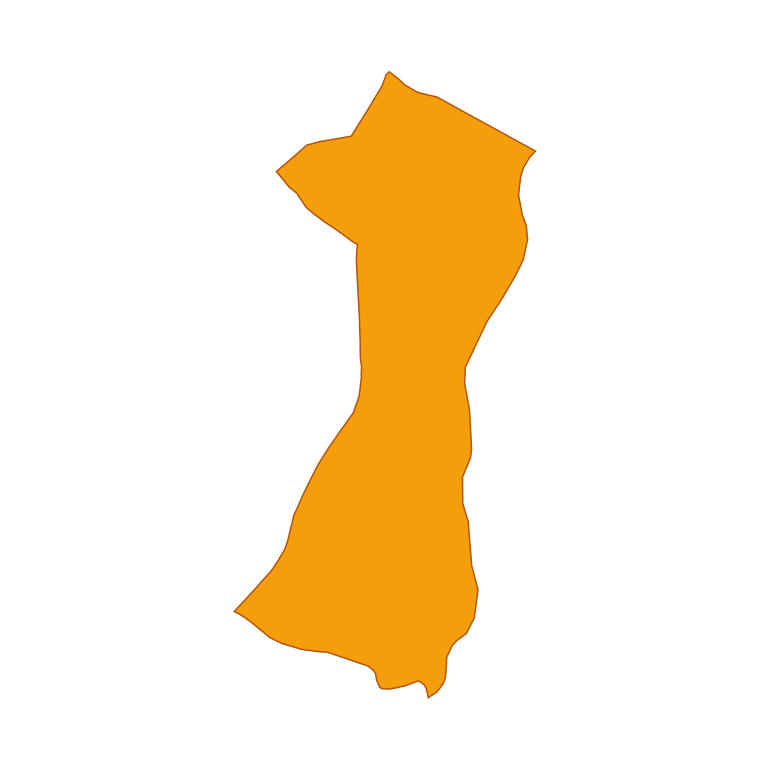 Kota Palangka Raya, Kalimantan Tengah, Indonesia (Robinson projection), rotated 209°
{"feature_id": "22746128B5087893857208", "entity_name": "Kota Palangka Raya", "entity_type": "district", "adm_level": 2, "iso_a3": "IDN", "parent_name": "Indonesia", "parent_adm1": "Kalimantan Tengah", "projection": "robinson", "projection_center": [113.758, -2.011], "detail": "fine", "context": "isolated", "style": "filled", "palette": "amber", "viewbox_px": 768, "rotation_deg": 209, "n_neighbors": 0, "source": "geoboundaries", "source_scale": "gbopen_adm2", "svg_char_len": 4731}
<svg xmlns="http://www.w3.org/2000/svg" viewBox="0 0 768 768"><g transform="rotate(209 384 384)"><path d="M193.2,131.2L193.2,131.3L189.9,137.5L188.3,140.5L188.2,141.6L187.5,146.3L186.9,150.7L186.9,150.8L187.2,152.6L188.0,157.4L189.0,159.4L192.3,166.4L192.4,166.5L196.5,175.0L196.7,175.4L196.7,175.5L196.7,175.8L197.1,181.7L197.3,184.2L197.3,184.3L197.4,186.0L197.4,187.0L197.5,188.5L197.1,190.0L196.2,194.2L194.8,197.4L194.7,197.5L191.6,204.5L191.0,205.7L191.6,223.2L192.1,224.5L201.3,247.8L202.1,249.8L204.0,251.7L204.1,251.8L205.1,252.9L205.2,253.0L207.5,255.4L209.8,257.8L211.7,259.8L212.1,260.2L219.4,267.8L219.8,268.4L220.6,269.7L220.8,269.9L220.8,270.0L227.8,280.6L229.7,283.3L230.1,284.0L231.5,286.1L233.7,289.4L243.6,304.4L252.1,312.7L252.2,312.8L257.3,317.8L259.1,321.1L259.2,321.3L259.8,322.4L260.4,323.3L262.1,326.3L269.0,338.4L269.0,338.6L270.2,340.6L271.0,347.5L272.5,361.0L272.6,361.5L274.0,365.0L274.3,365.7L274.3,365.8L275.9,369.6L277.4,372.0L278.7,374.1L282.3,379.9L285.4,384.8L285.6,385.2L285.7,385.3L296.6,402.7L297.0,403.1L297.6,403.8L299.6,406.3L301.0,408.0L313.7,423.6L321.0,438.0L322.1,455.2L323.0,469.3L324.2,489.0L324.2,489.6L323.7,496.0L322.2,515.5L322.2,517.0L321.7,536.1L321.6,543.0L321.7,546.1L322.5,560.0L325.9,571.3L328.3,579.7L336.2,591.3L336.4,591.5L345.0,599.0L353.9,609.6L356.4,612.7L357.8,614.1L364.8,631.0L366.7,639.5L366.9,640.2L366.5,653.7L365.0,658.7L364.3,661.1L364.5,661.1L461.2,660.7L461.4,660.7L476.7,660.7L480.6,659.6L481.0,659.5L481.7,659.3L482.2,659.1L490.0,656.9L493.3,656.0L497.8,655.4L503.3,655.5L505.8,655.6L511.2,655.6L518.7,657.7L530.8,659.6L531.1,658.6L531.3,658.1L531.6,657.1L531.8,656.7L532.1,655.6L531.2,650.1L530.9,647.7L530.7,646.9L530.5,645.5L530.4,644.9L530.2,643.4L530.8,628.1L531.1,615.9L531.2,615.2L531.2,614.8L531.2,614.6L531.5,609.1L531.6,608.2L532.2,595.9L532.3,593.9L532.5,590.4L532.8,584.9L534.6,583.4L556.7,565.6L556.9,565.5L558.3,564.3L558.8,563.9L562.1,560.6L565.0,557.7L565.3,557.5L566.3,556.4L567.3,555.5L568.6,551.9L568.7,551.5L577.4,527.5L577.5,527.3L578.0,526.2L581.1,517.6L580.9,517.5L572.6,514.4L572.1,514.2L571.0,513.8L562.5,510.2L559.4,509.7L552.8,508.5L549.6,506.9L549.3,506.8L549.2,506.7L548.9,506.5L545.5,504.7L538.8,501.3L536.0,500.4L527.5,498.7L521.5,497.9L520.8,497.8L515.4,497.0L509.8,496.6L509.6,496.6L500.6,495.8L494.0,495.0L484.4,493.8L482.1,493.5L480.0,493.3L477.8,493.2L477.6,493.2L474.5,493.0L474.5,492.9L472.9,488.5L467.8,478.1L466.5,476.1L465.2,474.1L463.6,471.5L453.4,455.2L445.3,442.2L443.4,439.2L440.0,433.8L437.2,429.4L433.7,423.3L426.5,411.4L426.4,411.4L426.4,411.2L426.2,411.0L426.2,410.9L425.9,410.5L425.9,410.4L425.4,409.5L424.3,407.6L422.1,403.7L417.7,396.0L417.6,395.8L417.4,395.5L417.3,395.4L413.2,389.8L411.7,387.7L408.8,381.8L407.1,379.1L406.1,376.6L404.7,373.1L404.5,372.6L402.9,368.9L402.3,367.6L401.7,365.7L400.1,361.8L400.1,361.7L399.8,360.9L399.7,360.7L399.4,358.6L399.1,357.1L398.9,356.2L397.9,349.6L396.9,344.2L397.3,340.5L397.7,337.1L398.6,328.9L398.9,326.5L398.9,326.4L399.4,321.9L399.5,321.2L399.7,319.2L400.0,316.1L401.5,301.2L402.4,284.5L402.5,282.8L402.5,282.1L402.5,281.8L402.5,281.7L402.5,281.1L402.3,275.6L402.2,270.3L401.9,262.0L401.5,254.2L401.3,251.9L401.0,245.4L399.8,234.4L399.4,227.9L399.2,225.4L399.1,225.1L399.1,224.9L399.0,224.7L398.3,222.2L398.0,221.3L397.7,220.2L397.2,218.3L397.0,217.7L396.8,216.7L395.4,211.7L395.1,210.4L392.4,200.9L391.7,197.4L390.8,192.0L390.5,190.8L390.8,187.5L391.0,183.8L390.9,181.3L390.9,181.2L390.9,179.5L391.5,171.6L392.0,166.3L392.0,166.2L396.1,148.2L396.5,146.1L398.0,139.8L398.0,139.5L398.1,139.1L398.4,137.9L398.5,137.8L401.0,127.4L401.7,124.6L404.1,115.0L404.7,112.3L402.2,112.5L401.9,112.6L400.3,112.7L399.7,112.7L395.7,112.4L395.3,112.4L394.9,112.4L393.6,112.3L391.5,112.2L390.1,112.0L389.6,111.9L388.5,111.6L388.4,111.6L387.8,111.6L387.0,111.6L384.6,111.2L375.8,109.6L370.2,108.6L367.3,108.1L363.8,107.4L362.4,107.2L361.6,107.0L361.2,107.0L360.9,106.9L359.6,107.0L359.2,107.0L357.6,107.0L356.5,107.1L356.3,107.1L349.6,107.4L347.9,107.5L341.0,109.0L340.9,109.0L336.4,110.0L332.8,110.8L327.2,112.0L312.6,117.8L310.1,118.8L309.8,118.9L309.5,119.0L309.4,119.1L303.6,121.9L292.3,124.0L290.9,124.3L287.4,124.9L271.1,127.8L268.9,128.2L265.8,128.8L261.5,129.6L261.4,129.6L259.1,129.2L254.1,128.3L253.9,128.2L252.7,127.5L250.8,126.4L249.1,124.2L246.7,121.2L240.5,116.6L240.4,116.6L239.5,116.6L238.7,116.6L237.9,116.5L237.3,116.8L237.0,117.0L231.9,119.5L231.1,120.0L227.8,122.7L226.7,123.6L226.0,124.2L222.2,127.7L219.3,130.2L219.2,130.3L218.2,131.5L217.7,132.1L212.9,137.7L212.8,137.8L211.2,139.7L210.3,140.8L210.1,140.8L208.8,140.9L207.8,140.9L207.5,140.9L203.7,140.4L202.9,140.3L199.4,138.2L193.2,131.2Z" fill="#f59e0b" stroke="#b45309" stroke-width="1.5"/></g></svg>